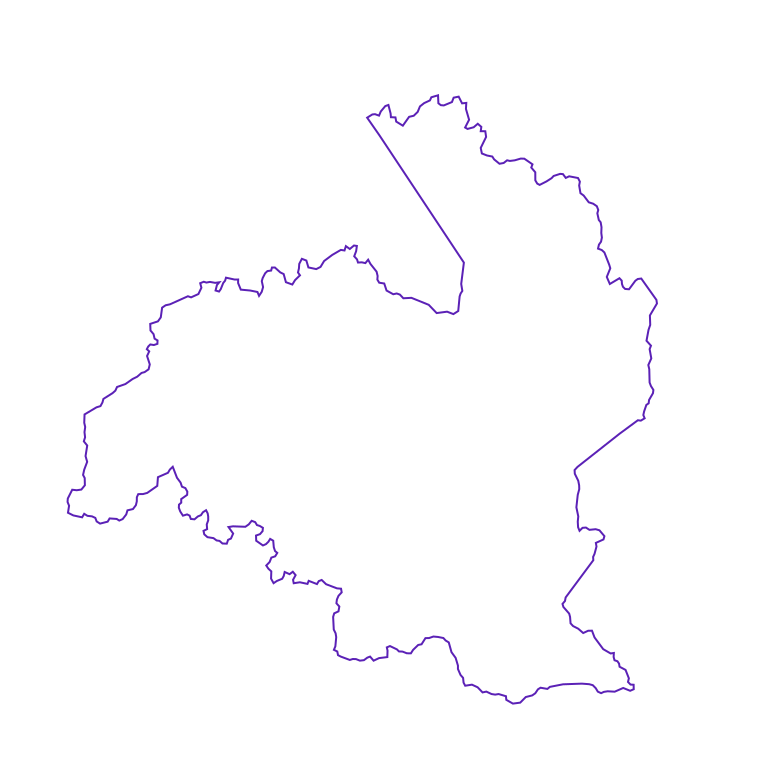 the district of Ecoporanga, Espírito Santo, Brazil, rotated 9°
{"feature_id": "56859067B32250537499863", "entity_name": "Ecoporanga", "entity_type": "district", "adm_level": 2, "iso_a3": "BRA", "parent_name": "Brazil", "parent_adm1": "Espírito Santo", "projection": "robinson", "projection_center": [-40.825, -18.235], "detail": "fine", "context": "isolated", "style": "outline", "palette": "violet", "viewbox_px": 768, "rotation_deg": 9, "n_neighbors": 0, "source": "geoboundaries", "source_scale": "gbopen_adm2", "svg_char_len": 6139}
<svg xmlns="http://www.w3.org/2000/svg" viewBox="0 0 768 768"><g transform="rotate(9 384 384)"><path d="M106.7,562.9L108.2,559.1L111.7,560.6L116.3,560.4L119.8,561.4L121.7,564.7L125.4,566.3L132.6,563.2L134.0,559.7L141.1,559.1L143.9,560.3L147.0,558.3L149.8,553.2L150.4,548.9L155.6,546.8L157.9,542.5L158.2,538.6L157.6,534.5L158.5,531.2L163.2,530.4L167.2,528.6L176.0,520.1L175.3,511.4L184.5,505.5L185.9,502.0L188.3,498.8L194.2,509.0L198.5,513.2L200.5,517.0L204.1,517.9L206.6,521.1L206.9,524.3L201.7,529.4L202.3,532.9L200.4,535.2L200.7,538.3L202.7,541.8L206.0,545.5L209.9,543.6L212.6,544.4L214.3,547.5L218.0,547.3L220.9,543.9L223.7,542.2L225.2,539.0L228.0,536.5L230.1,539.4L231.1,542.4L231.7,546.2L230.9,550.4L232.0,555.0L228.7,557.3L230.0,560.6L233.6,562.9L239.7,562.9L243.1,564.7L246.1,564.7L249.4,566.8L253.7,566.3L254.4,562.3L257.0,560.6L258.4,555.3L252.8,549.6L257.1,548.2L269.4,546.7L272.4,543.8L274.7,539.8L278.4,540.6L280.6,543.2L283.4,543.6L286.9,545.0L287.1,548.3L285.0,551.7L281.3,553.7L282.3,558.8L289.7,562.4L292.5,560.6L294.5,557.9L295.8,554.8L299.1,556.1L300.7,562.5L302.5,566.0L305.0,567.5L303.5,571.2L299.9,573.1L298.9,577.7L296.1,581.7L298.7,584.5L302.0,586.7L302.9,593.9L306.1,598.0L309.0,595.3L313.9,592.3L315.0,589.3L315.3,585.2L320.5,586.6L323.3,583.7L326.6,586.6L324.8,591.6L326.0,594.9L331.9,593.0L339.7,593.4L340.4,590.2L349.1,592.1L350.4,588.9L353.1,587.3L358.1,590.8L369.5,593.2L373.6,592.9L374.8,596.4L372.2,600.3L371.2,604.2L371.3,608.0L374.7,610.8L374.6,615.7L370.7,618.3L370.2,622.0L372.8,634.4L375.2,637.8L376.4,641.5L377.0,650.7L376.1,654.4L379.7,655.5L381.0,659.0L384.0,660.0L393.4,661.9L396.2,660.5L399.4,660.1L403.5,661.0L407.4,659.9L410.3,656.9L412.9,655.4L417.0,658.9L422.0,655.5L430.0,653.2L429.2,646.8L428.0,643.7L430.9,641.9L438.3,644.1L440.6,645.8L444.2,645.4L448.7,646.4L452.7,645.8L454.3,642.1L458.6,636.4L461.8,635.2L464.7,628.5L468.2,627.9L472.3,625.7L476.9,625.4L482.4,625.6L485.0,627.7L488.4,629.1L492.6,638.3L497.6,643.3L501.1,650.6L501.6,653.9L505.1,659.4L508.1,661.9L509.3,666.5L511.4,669.3L517.9,667.2L523.9,668.9L529.6,673.2L533.2,671.8L538.7,673.4L542.4,673.4L545.7,672.3L553.3,673.3L554.2,676.8L561.3,679.5L568.4,677.4L573.0,671.0L579.1,668.4L581.8,665.8L583.8,661.5L586.1,659.5L593.1,659.6L595.2,657.2L607.8,652.6L626.3,649.0L633.6,648.4L637.3,648.8L640.7,651.3L643.3,654.4L646.8,655.4L649.3,653.7L653.0,652.5L660.0,651.8L667.8,646.8L675.1,648.5L678.4,646.4L677.6,642.0L674.5,642.3L671.6,640.1L671.9,636.4L667.3,628.6L660.9,626.4L659.9,623.4L657.9,621.3L654.9,620.8L653.5,617.7L653.1,613.7L650.0,614.7L642.0,611.6L631.6,601.4L628.0,595.1L624.2,595.8L619.7,598.8L614.1,595.3L608.6,593.5L605.7,591.2L604.2,584.9L602.8,581.8L596.1,576.2L594.7,573.3L596.7,570.0L596.8,566.4L618.3,525.3L617.6,522.1L618.5,518.9L619.3,511.3L618.1,507.8L625.1,503.2L625.5,499.8L619.7,494.8L615.8,494.3L609.7,495.9L605.9,494.2L602.6,495.0L600.1,498.4L598.1,495.1L596.9,489.6L596.6,484.4L593.3,475.7L592.7,463.2L593.3,457.3L592.6,453.6L591.0,449.2L586.5,442.8L585.7,439.2L588.1,435.6L624.6,396.1L640.4,380.1L643.4,380.0L646.8,377.1L645.0,374.1L645.2,370.4L646.4,363.6L648.4,361.7L648.3,358.3L651.1,351.0L651.0,347.7L648.0,344.3L646.1,341.0L643.7,327.9L642.1,323.9L644.0,316.9L640.9,308.0L641.7,304.4L636.5,300.2L636.8,289.1L637.7,284.0L635.9,274.7L641.0,261.8L639.9,258.3L621.6,239.6L618.2,240.6L616.1,242.7L611.2,252.1L607.3,252.4L604.8,250.6L603.4,248.0L602.6,244.7L600.0,242.7L591.4,249.9L587.3,243.4L589.4,234.3L587.8,231.0L581.1,219.6L578.1,217.6L574.2,216.8L574.5,212.7L576.1,209.5L576.3,205.3L575.0,200.9L574.3,195.1L572.7,190.4L570.5,188.4L568.0,182.0L568.4,178.6L566.4,175.1L562.4,173.2L557.8,172.5L551.7,166.6L548.2,164.8L545.7,157.4L545.8,153.5L543.4,150.2L534.4,149.9L531.3,152.0L527.9,148.7L525.1,148.9L519.0,152.0L517.3,154.5L512.8,158.5L506.6,163.0L504.0,162.1L501.6,159.2L500.3,151.2L495.6,147.2L496.3,143.8L487.3,139.5L483.7,140.0L478.2,142.6L473.4,144.0L470.6,143.8L467.6,147.0L463.6,148.4L457.6,144.9L455.4,142.4L450.0,142.2L444.6,141.0L442.6,135.7L446.2,124.0L444.5,118.5L440.0,119.2L439.9,114.8L435.9,112.3L432.4,116.4L426.6,119.0L424.0,118.0L426.7,109.7L421.9,99.5L421.3,93.5L417.2,94.6L412.8,88.5L408.0,90.3L407.0,94.9L399.5,99.5L396.5,99.7L393.8,98.2L392.2,90.4L385.9,93.4L385.0,96.7L379.7,100.3L376.1,104.2L374.7,110.0L371.4,114.4L367.0,116.2L362.2,125.9L355.0,122.9L353.6,118.9L349.1,119.4L348.2,115.8L344.7,107.7L341.8,109.3L338.2,115.3L337.1,119.7L332.9,118.9L330.3,119.6L325.7,123.6L340.4,138.9L443.9,251.6L444.6,273.1L446.8,279.8L445.5,282.7L445.0,285.7L445.9,300.3L441.6,304.1L435.0,302.7L424.9,305.7L415.8,298.8L397.6,294.6L389.7,296.3L385.7,293.2L382.4,292.6L379.1,293.9L371.9,291.3L368.5,284.7L363.4,284.7L361.1,281.9L360.8,278.3L359.1,274.2L351.8,267.5L348.9,263.7L346.7,267.5L343.1,267.3L339.3,268.1L337.9,265.2L334.6,262.5L335.7,257.2L335.6,251.9L332.7,251.9L329.1,256.0L324.8,253.8L324.1,258.3L320.4,258.3L312.7,264.6L305.6,271.9L303.0,278.3L299.1,281.1L291.1,280.7L288.0,274.2L283.3,273.2L281.5,278.6L281.9,283.2L281.6,287.3L284.0,289.8L279.9,295.3L277.9,300.1L271.2,298.8L267.7,291.1L264.1,290.0L258.0,286.0L255.1,286.5L254.8,289.6L251.2,290.7L249.3,293.2L247.6,298.3L247.2,301.5L249.4,307.2L248.8,312.1L246.8,316.5L244.6,312.9L237.2,312.6L227.8,313.2L224.1,307.1L223.6,303.6L220.1,304.2L211.3,303.7L210.9,306.8L209.4,309.4L207.9,315.9L206.6,318.5L203.0,318.0L203.5,312.4L205.4,309.3L201.4,310.5L196.1,310.4L192.7,311.6L190.0,311.2L186.7,313.2L188.6,317.5L186.6,324.2L179.9,328.6L176.6,328.0L160.1,338.8L156.0,340.4L152.9,343.3L153.1,353.1L150.9,357.5L143.7,361.2L145.0,367.7L148.6,370.8L150.3,375.1L153.5,376.4L153.9,379.8L150.6,381.5L147.0,381.5L145.3,383.8L144.3,386.7L147.0,388.5L145.6,393.4L149.6,401.3L149.2,406.3L145.7,409.7L142.8,411.0L139.1,415.4L134.9,418.4L128.6,424.5L120.8,428.7L119.7,432.6L117.4,435.4L109.2,442.6L108.8,446.3L107.4,450.2L103.7,452.0L93.0,460.9L94.0,469.2L95.6,473.2L95.7,478.4L97.1,483.4L96.5,487.6L100.5,491.2L100.5,501.9L103.0,507.3L101.3,515.6L101.0,520.9L103.1,523.7L104.4,530.8L101.6,535.6L97.1,537.0L92.6,537.2L89.6,546.6L89.9,550.0L92.0,553.5L92.0,560.6L97.7,562.4L106.7,562.9Z" fill="none" stroke="#5b21b6" stroke-width="2"/></g></svg>